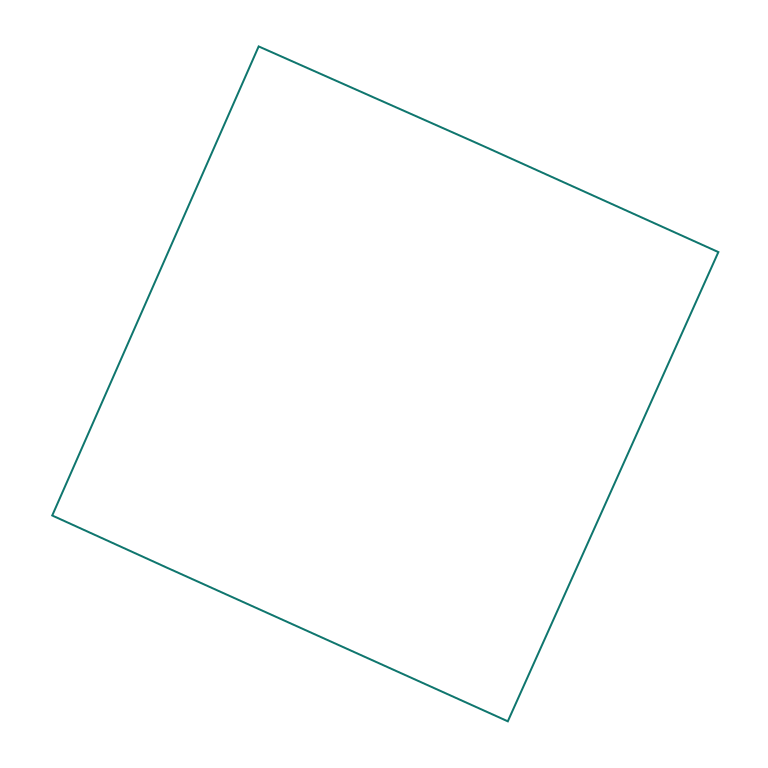 Osceola, Michigan, United States of America (Mercator projection), rotated 24°
{"feature_id": "52423323B21410531256975", "entity_name": "Osceola", "entity_type": "district", "adm_level": 2, "iso_a3": "USA", "parent_name": "United States of America", "parent_adm1": "Michigan", "projection": "mercator", "projection_center": [-85.386, 43.989], "detail": "fine", "context": "isolated", "style": "outline", "palette": "teal", "viewbox_px": 768, "rotation_deg": 24, "n_neighbors": 0, "source": "geoboundaries", "source_scale": "gbopen_adm2", "svg_char_len": 261}
<svg xmlns="http://www.w3.org/2000/svg" viewBox="0 0 768 768"><g transform="rotate(24 384 384)"><path d="M132.2,126.6L134.4,639.1L260.3,640.1L634.3,641.8L635.8,127.5L374.7,126.2L259.0,126.4L132.2,126.6Z" fill="none" stroke="#0f766e" stroke-width="2"/></g></svg>